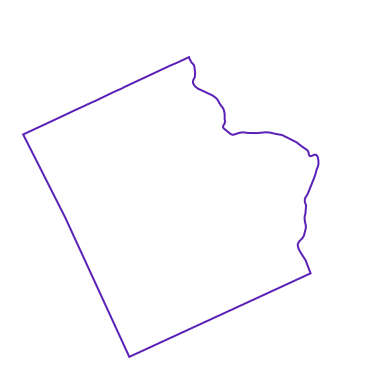 Allamakee, Iowa, United States of America, rotated 335°
{"feature_id": "52423323B44167272336180", "entity_name": "Allamakee", "entity_type": "district", "adm_level": 2, "iso_a3": "USA", "parent_name": "United States of America", "parent_adm1": "Iowa", "projection": "natural_earth1", "projection_center": [-91.21, 43.291], "detail": "fine", "context": "isolated", "style": "outline", "palette": "violet", "viewbox_px": 384, "rotation_deg": 335, "n_neighbors": 0, "source": "geoboundaries", "source_scale": "gbopen_adm2", "svg_char_len": 1366}
<svg xmlns="http://www.w3.org/2000/svg" viewBox="0 0 384 384"><g transform="rotate(335 192 192)"><path d="M246.3,68.5L232.8,68.5L225.7,68.2L175.7,68.3L174.6,68.3L172.1,68.5L162.7,68.3L142.0,68.6L140.0,68.5L132.8,68.4L131.1,68.5L119.0,68.4L99.1,68.5L95.7,68.5L91.1,68.5L72.5,68.5L63.3,68.5L66.3,161.7L65.5,314.9L265.1,315.8L266.1,301.9L264.9,293.1L264.6,289.4L264.8,287.1L265.2,285.4L266.0,283.7L268.3,282.1L272.9,280.3L274.9,278.9L279.6,273.3L280.9,270.9L281.8,266.7L283.1,262.9L284.4,260.9L285.2,260.3L289.7,252.4L290.0,249.1L290.8,246.9L292.2,245.1L294.7,243.6L297.4,241.4L307.0,232.4L310.8,228.7L314.2,224.6L316.8,222.2L318.6,219.9L319.9,216.7L320.7,213.5L320.7,212.7L320.4,211.3L319.9,210.5L318.9,210.0L315.1,209.8L314.3,209.4L313.8,208.7L313.8,207.4L314.3,205.2L314.3,203.3L313.3,201.3L310.5,196.6L307.8,191.2L297.7,178.4L292.9,175.1L287.5,170.9L285.8,170.0L283.7,168.9L275.6,166.0L268.0,162.3L263.3,159.4L260.1,158.4L253.6,157.6L252.7,157.1L251.4,155.6L247.6,147.7L247.5,146.4L248.3,145.2L251.1,143.1L251.7,142.3L252.3,140.0L254.2,135.9L255.0,133.6L255.6,130.4L255.4,128.1L254.8,125.8L254.3,122.6L254.3,120.2L253.9,118.3L253.0,116.0L251.9,114.1L251.2,112.9L241.1,100.9L239.5,97.7L239.0,95.2L239.0,93.6L239.5,92.3L240.8,90.8L243.1,89.1L245.0,85.7L247.0,79.9L247.4,77.8L246.3,74.1L246.0,70.5L246.3,68.5Z" fill="none" stroke="#5b21b6" stroke-width="2"/></g></svg>